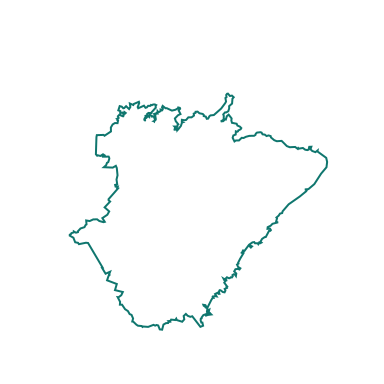 the district of WaitÄkere Ranges Local Board Area, Auckland, New Zealand, rotated 232°
{"feature_id": "76426892B98769695069148", "entity_name": "WaitÄkere Ranges Local Board Area", "entity_type": "district", "adm_level": 2, "iso_a3": "NZL", "parent_name": "New Zealand", "parent_adm1": "Auckland", "projection": "orthographic", "projection_center": [174.557, -36.943], "detail": "fine", "context": "isolated", "style": "outline", "palette": "teal", "viewbox_px": 384, "rotation_deg": 232, "n_neighbors": 0, "source": "geoboundaries", "source_scale": "gbopen_adm2", "svg_char_len": 6021}
<svg xmlns="http://www.w3.org/2000/svg" viewBox="0 0 384 384"><g transform="rotate(232 192 192)"><path d="M80.6,115.6L79.8,118.4L82.7,119.8L83.4,119.0L85.6,119.8L86.7,120.9L86.5,121.8L87.2,122.3L88.0,125.2L87.1,127.9L85.7,128.2L83.6,131.8L85.1,131.6L86.2,129.6L86.2,130.3L86.7,130.0L86.1,130.6L86.3,131.4L87.2,131.0L87.0,129.8L88.3,129.9L90.8,132.5L92.8,131.6L93.6,132.1L95.1,131.2L96.1,131.5L94.6,132.9L92.7,132.6L91.7,133.7L95.1,140.9L95.9,143.1L95.4,143.7L97.6,144.1L96.0,144.5L96.0,145.8L94.6,147.1L97.4,147.4L96.9,150.0L95.4,150.2L94.9,150.9L96.9,151.8L97.6,153.3L97.0,154.0L94.2,154.7L92.3,156.4L93.0,156.2L93.7,157.6L95.5,158.1L94.9,160.4L95.8,160.6L95.7,161.5L100.7,161.6L101.4,163.7L100.9,165.4L102.9,163.2L104.3,163.5L103.2,163.9L103.1,166.7L104.0,166.7L101.6,167.8L100.9,168.6L100.9,170.1L100.1,170.8L100.5,172.2L101.6,172.7L101.5,174.2L100.6,175.0L98.8,174.9L100.5,176.7L103.5,176.4L104.4,178.7L103.2,180.8L101.7,181.7L102.1,183.1L104.5,182.2L107.1,182.8L107.0,184.5L107.8,184.7L109.8,188.9L112.2,195.2L113.1,195.6L113.7,194.1L113.2,192.8L113.7,194.0L113.5,196.2L115.2,195.8L113.3,197.2L115.3,204.4L115.1,208.6L114.2,210.2L112.8,210.1L111.2,212.2L110.1,212.1L110.8,213.8L109.7,214.0L109.4,215.6L110.7,215.3L111.9,218.4L111.7,221.6L111.1,222.4L113.9,228.7L113.2,229.8L113.4,230.7L115.1,230.9L116.5,228.8L117.7,230.0L117.0,233.2L117.4,235.8L115.1,241.2L116.7,239.8L118.9,242.8L119.9,242.8L120.0,245.7L120.8,248.0L119.9,250.1L121.0,251.5L122.8,260.6L122.1,274.1L122.3,282.5L122.9,284.0L124.6,282.5L122.6,285.5L122.9,293.2L127.0,305.1L128.7,313.2L132.5,317.0L136.3,318.8L146.8,315.8L147.4,316.5L147.4,313.8L150.3,312.0L152.7,311.7L154.2,313.9L155.4,312.2L153.6,309.9L154.0,308.7L155.7,307.2L158.4,306.5L160.4,302.9L161.2,302.8L160.8,301.9L164.0,301.0L167.1,296.6L169.8,295.0L177.1,294.1L179.8,290.1L182.2,288.7L186.4,287.8L187.6,288.4L189.4,287.2L190.2,285.2L192.4,284.7L194.0,283.1L196.0,283.4L197.0,282.7L198.8,279.8L198.7,278.2L197.9,277.1L198.1,275.5L200.9,271.8L202.3,268.5L202.8,265.9L204.1,264.5L203.7,260.7L205.6,258.3L205.7,256.6L209.7,257.4L211.1,259.4L210.4,261.8L212.8,263.9L211.7,264.6L211.5,265.6L212.0,266.3L211.5,269.0L212.0,270.2L214.0,270.0L216.4,268.7L218.3,269.2L221.9,266.1L224.1,267.0L225.6,268.5L230.4,268.5L230.3,266.1L228.3,263.3L228.9,262.9L228.6,260.2L229.9,258.1L229.6,260.7L229.9,261.8L232.4,263.9L233.9,264.4L234.4,267.0L233.6,268.1L233.3,270.3L235.0,272.8L236.8,274.1L237.0,278.0L240.6,281.3L241.0,283.2L243.4,282.8L244.3,281.0L247.4,280.9L247.8,280.1L247.4,278.7L245.5,277.6L245.5,276.2L242.3,274.5L241.6,272.9L239.8,266.4L239.2,256.6L241.0,253.7L241.0,252.4L239.9,249.9L240.6,248.7L242.9,249.3L244.6,248.0L245.4,248.7L246.9,248.5L249.5,246.3L251.9,245.9L253.0,244.2L252.2,243.5L252.7,241.6L251.0,240.6L251.1,237.6L253.1,235.1L252.4,231.8L253.2,230.2L255.1,228.5L253.6,227.2L252.6,227.7L252.9,226.9L250.9,223.9L249.6,218.7L250.1,219.3L249.8,218.4L250.7,218.9L250.5,218.0L252.2,217.3L251.1,216.3L251.9,216.6L252.4,217.3L251.5,217.9L252.2,218.7L254.4,218.5L252.6,220.8L253.8,222.0L253.8,222.9L257.8,222.8L260.5,223.8L261.1,228.3L260.5,230.9L264.5,231.7L264.9,233.9L265.8,234.2L267.1,233.2L266.6,232.5L267.0,229.6L268.5,226.3L273.6,223.7L274.3,222.7L277.9,221.9L277.2,220.5L275.4,220.2L274.8,218.9L276.3,218.0L275.1,217.1L275.3,215.5L275.5,214.6L276.8,214.6L275.1,213.2L276.1,212.7L275.6,211.5L276.4,211.3L276.8,210.2L274.9,210.1L271.8,208.4L271.3,207.9L271.1,206.6L271.3,205.5L271.0,205.7L270.9,205.6L271.3,205.5L271.4,206.8L272.1,207.5L274.9,208.3L275.7,207.9L276.0,206.9L277.1,207.1L278.1,206.2L278.2,204.9L278.0,204.7L277.5,204.6L277.4,204.5L279.0,204.1L278.5,201.6L279.0,200.0L278.3,199.1L278.0,199.4L277.5,199.3L276.7,198.5L277.6,199.2L278.4,199.0L279.1,199.8L279.8,201.9L280.6,202.2L280.1,204.1L281.1,204.7L281.1,206.4L280.1,207.5L279.5,206.7L279.6,208.5L278.5,208.0L279.6,208.8L280.8,215.4L282.2,216.3L282.5,217.3L283.9,216.6L284.9,215.2L285.1,213.8L285.9,213.3L285.6,212.1L286.9,210.5L286.5,208.5L287.0,207.2L289.6,207.3L291.1,201.2L292.4,201.5L294.6,205.2L295.8,205.7L297.2,200.3L296.7,199.3L300.0,197.5L296.9,195.7L296.1,193.5L300.2,192.9L299.9,190.2L300.3,189.4L302.5,189.2L304.2,187.9L301.7,184.2L299.9,185.3L299.0,184.5L296.8,186.1L297.1,186.5L296.1,187.6L296.5,188.0L295.1,188.4L295.0,187.4L295.6,186.9L294.2,184.8L294.8,184.6L294.5,184.0L296.6,182.8L297.8,183.7L297.3,180.2L295.6,179.8L295.8,178.3L295.3,178.6L294.8,177.5L293.9,177.8L292.1,175.7L293.8,173.7L294.1,171.1L292.8,167.8L289.6,165.4L290.2,157.7L291.4,157.5L295.4,152.0L294.1,150.5L280.9,139.5L279.0,139.6L279.0,140.3L276.8,142.0L276.5,145.1L275.0,145.6L275.2,143.5L274.8,143.4L271.2,148.1L270.2,147.9L269.2,147.4L267.1,144.4L267.3,142.9L266.0,140.9L265.8,137.8L260.0,144.6L259.5,148.1L257.2,147.5L251.0,143.6L248.3,140.2L244.1,137.8L244.9,135.8L243.3,135.1L242.0,136.9L241.2,135.5L240.4,136.0L237.7,121.8L236.8,121.2L234.9,121.6L233.7,113.7L227.7,114.8L226.2,111.3L226.6,105.3L222.2,104.9L222.7,103.7L226.2,101.1L228.9,100.4L231.2,97.3L232.1,93.5L234.7,91.1L231.4,88.9L231.5,87.8L230.5,85.6L231.9,81.7L231.3,78.0L230.6,77.4L231.4,75.5L233.6,74.6L232.9,74.1L233.8,71.7L233.4,71.0L233.6,69.4L232.9,68.8L229.0,70.4L224.3,69.0L222.1,70.9L220.5,70.8L217.3,77.2L215.8,78.7L187.3,75.0L187.6,74.4L180.8,73.6L179.6,78.4L178.0,75.8L177.4,75.9L177.2,74.5L174.7,70.7L165.8,76.1L162.1,70.9L155.8,75.9L154.2,72.7L154.3,69.3L154.9,68.7L149.7,67.7L147.6,65.8L146.3,67.5L140.9,67.1L137.6,68.2L134.2,67.7L132.4,68.7L128.6,67.7L126.7,65.2L125.9,65.9L121.7,66.5L119.9,67.1L117.3,69.9L116.1,69.9L116.0,70.8L112.7,74.4L111.0,79.9L109.4,80.7L109.0,82.2L107.6,83.2L103.6,82.0L101.9,83.7L105.1,87.9L104.7,90.7L103.5,92.5L104.1,93.3L103.5,94.4L104.6,94.2L103.7,95.7L104.3,97.0L101.4,100.0L101.9,101.6L100.4,101.2L95.8,104.4L96.4,107.5L99.4,109.1L99.7,112.1L97.1,112.4L94.7,113.8L93.9,115.7L80.6,115.6ZM113.9,204.0L112.0,204.2L112.2,205.8L114.4,204.7L113.9,204.0ZM88.6,133.1L88.8,131.3L88.4,131.1L87.8,132.1L88.6,133.1ZM86.4,127.7L86.5,126.9L86.0,126.9L85.8,127.5L86.4,127.7Z" fill="none" stroke="#0f766e" stroke-width="2"/></g></svg>